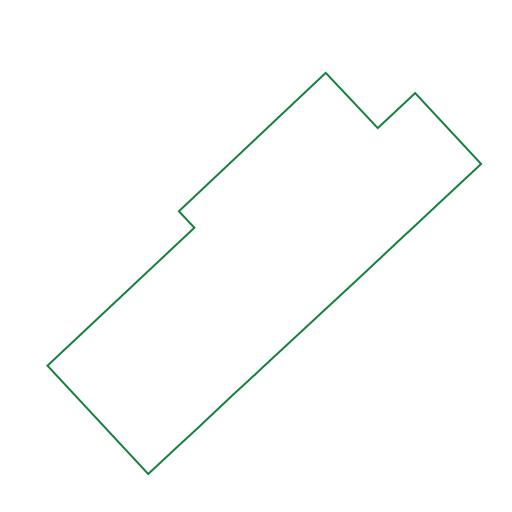 Golden Valley, North Dakota, United States of America, rotated 227°
{"feature_id": "52423323B64465165831461", "entity_name": "Golden Valley", "entity_type": "district", "adm_level": 2, "iso_a3": "USA", "parent_name": "United States of America", "parent_adm1": "North Dakota", "projection": "orthographic", "projection_center": [-103.986, 46.935], "detail": "fine", "context": "isolated", "style": "outline", "palette": "green", "viewbox_px": 512, "rotation_deg": 227, "n_neighbors": 0, "source": "geoboundaries", "source_scale": "gbopen_adm2", "svg_char_len": 565}
<svg xmlns="http://www.w3.org/2000/svg" viewBox="0 0 512 512"><g transform="rotate(227 256 256)"><path d="M169.8,483.4L266.6,483.5L266.5,432.3L342.4,431.9L341.3,230.1L318.7,230.2L318.0,28.7L170.1,28.5L170.1,59.2L170.1,60.9L170.1,62.4L170.1,65.0L170.1,65.5L170.1,66.7L169.9,94.5L170.2,145.4L170.0,165.3L170.1,172.0L169.9,173.5L170.0,182.0L170.0,185.7L170.0,187.9L170.0,195.3L170.0,197.2L169.8,252.7L169.8,256.9L169.6,316.4L169.8,377.1L169.8,379.0L169.8,379.5L169.7,383.8L169.7,386.7L169.8,425.5L169.8,483.4Z" fill="none" stroke="#15803d" stroke-width="2"/></g></svg>